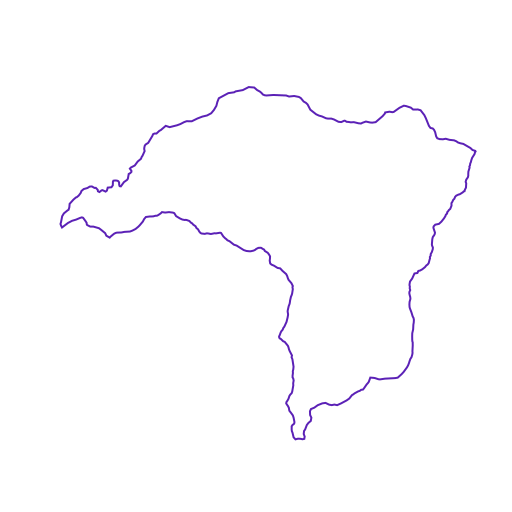 Khaling, Tashigang, Bhutan (Equal Earth projection), rotated 10°
{"feature_id": "84629894B48519884864464", "entity_name": "Khaling", "entity_type": "district", "adm_level": 2, "iso_a3": "BTN", "parent_name": "Bhutan", "parent_adm1": "Tashigang", "projection": "equal_earth", "projection_center": [91.565, 27.177], "detail": "fine", "context": "isolated", "style": "outline", "palette": "violet", "viewbox_px": 512, "rotation_deg": 10, "n_neighbors": 0, "source": "geoboundaries", "source_scale": "gbopen_adm2", "svg_char_len": 6081}
<svg xmlns="http://www.w3.org/2000/svg" viewBox="0 0 512 512"><g transform="rotate(10 256 256)"><path d="M214.2,94.9L207.4,97.4L206.0,98.6L200.5,100.4L192.0,107.1L191.2,111.0L190.9,115.0L189.2,119.5L187.1,123.2L183.4,126.1L179.0,128.0L174.5,130.7L169.3,134.5L164.3,135.3L162.0,136.6L158.6,139.2L155.5,141.0L148.6,144.1L144.5,143.5L140.4,148.5L139.1,149.5L136.7,152.7L134.8,153.0L133.5,153.9L133.1,155.7L130.2,163.3L127.9,165.4L127.3,166.7L127.2,168.6L127.3,170.0L128.1,172.0L126.8,177.1L126.3,178.0L125.8,180.3L123.1,183.5L120.9,187.9L117.3,190.7L116.6,191.9L118.5,193.7L118.7,194.8L117.7,196.3L116.4,197.3L116.4,202.1L115.9,203.3L113.1,206.2L110.8,210.9L109.6,210.9L108.9,209.7L108.4,207.3L107.4,206.2L106.0,205.9L104.1,206.1L102.5,206.6L102.2,207.7L102.7,211.3L101.7,213.4L98.1,214.4L97.8,217.5L96.7,218.7L93.4,217.8L92.5,218.2L90.7,220.2L89.1,219.7L88.6,218.3L86.4,216.7L85.1,217.0L82.3,216.0L80.2,216.5L78.2,218.3L74.7,220.0L72.8,222.3L72.4,224.4L70.9,227.3L69.3,229.2L68.5,229.6L66.4,232.2L63.4,237.0L63.7,240.4L63.4,243.0L62.5,243.8L59.4,247.4L58.2,250.5L58.1,256.6L57.9,258.4L58.8,260.0L60.0,261.6L65.2,256.0L66.8,254.8L68.7,253.3L72.5,251.4L76.2,249.0L77.8,248.2L79.1,248.4L82.2,251.4L83.4,252.7L83.8,254.1L84.3,254.8L87.6,255.8L90.8,255.3L96.5,255.9L98.9,257.1L103.5,259.7L105.1,262.0L108.7,263.3L109.4,262.2L111.6,259.6L112.5,258.6L113.9,257.6L115.1,257.1L119.4,256.2L122.2,255.1L127.6,253.8L129.8,252.5L132.7,250.3L135.0,247.6L136.1,246.0L138.6,241.7L139.4,239.1L140.8,236.7L144.6,235.5L147.7,234.9L150.1,233.8L151.5,233.5L152.7,232.6L154.8,230.5L155.8,229.1L159.0,229.0L162.7,227.9L166.7,227.7L168.1,228.0L170.4,230.6L174.5,232.2L177.2,232.9L179.7,232.9L180.5,232.6L181.5,232.6L184.3,233.1L186.2,234.5L187.4,234.9L188.7,236.0L191.3,237.2L192.5,238.8L194.3,239.8L195.9,241.8L197.4,243.0L198.5,243.3L201.7,243.1L203.7,242.2L205.7,242.1L207.0,242.2L208.2,242.0L211.2,240.8L212.6,240.7L216.6,239.3L217.6,239.4L220.4,242.4L222.7,244.0L224.0,244.6L224.5,245.1L225.5,245.6L227.3,246.0L232.3,248.7L235.1,249.1L242.9,252.3L245.7,252.7L248.7,252.5L250.1,252.2L252.7,251.1L254.2,250.0L255.0,249.0L256.9,247.6L259.0,247.1L259.9,247.1L261.0,247.7L262.9,248.3L263.8,249.5L267.0,250.8L268.6,252.3L269.9,253.9L270.2,256.1L270.3,258.2L271.3,260.9L272.8,261.8L275.4,262.4L279.3,264.0L282.0,264.0L284.6,266.0L288.9,268.6L290.3,270.5L291.1,272.1L292.2,273.8L295.6,276.6L297.5,279.2L297.3,280.3L298.0,282.2L298.1,286.8L297.9,288.4L297.5,290.0L297.3,294.1L297.4,295.0L297.4,297.2L296.9,299.8L296.7,304.2L296.8,305.2L297.7,307.8L297.8,308.7L297.8,311.2L297.5,315.6L296.2,320.6L295.4,322.2L295.1,323.8L294.6,324.8L294.1,325.5L293.6,327.0L293.1,329.8L292.7,331.2L292.9,332.0L293.6,333.0L294.9,333.4L297.5,335.2L299.2,335.6L303.0,338.9L303.8,340.2L304.7,342.2L305.7,343.8L308.7,347.7L308.6,349.5L309.8,351.4L312.2,358.5L312.4,361.2L312.3,362.5L312.3,363.3L312.7,364.8L312.8,367.4L313.1,369.2L313.9,370.1L314.7,372.1L314.7,374.8L315.2,377.0L315.2,383.3L314.9,385.0L313.9,386.4L313.5,387.3L313.2,388.0L312.8,390.9L312.0,393.2L311.4,394.4L311.3,395.8L311.9,396.6L313.6,398.3L314.7,399.8L315.6,402.3L316.0,402.9L317.2,403.9L320.0,406.6L321.1,408.7L322.6,412.6L322.8,413.7L322.4,415.0L321.4,415.9L320.7,417.5L321.3,420.9L321.8,422.4L322.6,423.6L324.5,428.0L326.7,429.7L329.1,428.6L331.6,428.3L333.6,428.4L335.3,427.7L335.3,425.4L333.9,423.0L333.7,420.0L334.5,418.3L335.4,413.6L336.6,411.3L338.6,408.9L338.6,405.6L336.9,403.2L336.1,399.5L336.7,397.2L339.8,395.2L342.7,392.2L346.9,389.6L350.0,388.6L353.9,389.7L356.5,389.7L359.0,388.7L361.8,388.8L365.2,386.5L370.3,382.5L372.6,380.2L374.7,376.3L375.4,375.8L377.0,374.1L380.1,371.6L381.6,370.8L382.8,369.5L384.5,369.0L385.2,367.8L387.3,363.2L388.2,361.8L388.9,360.4L389.7,355.9L392.8,355.6L394.5,355.6L398.0,356.1L399.5,356.0L404.3,354.4L414.2,352.1L416.7,351.2L419.9,347.1L421.5,344.6L424.0,339.5L424.8,337.2L425.3,334.6L425.4,333.5L425.9,330.5L426.7,328.7L427.0,326.1L427.0,324.3L426.6,322.7L425.9,317.0L425.3,313.8L424.8,312.9L424.4,311.4L423.7,307.7L423.3,304.9L423.5,301.0L422.9,296.3L422.9,294.2L422.6,291.5L421.9,289.7L420.8,288.3L418.8,284.4L416.7,280.9L416.1,279.6L415.5,277.1L415.2,274.5L415.5,271.4L415.0,269.6L414.1,267.7L413.5,266.2L413.3,264.8L413.8,262.8L413.0,261.2L412.8,259.3L412.2,258.0L412.1,256.8L412.1,254.4L413.7,251.1L415.1,245.7L417.9,244.7L418.2,243.8L418.2,243.0L418.9,242.3L420.0,241.9L422.0,240.3L424.3,237.7L425.4,235.7L426.5,234.6L427.3,233.0L427.6,229.2L427.8,228.2L427.4,226.8L428.0,225.2L427.7,223.9L428.5,221.5L428.9,218.5L428.7,216.9L427.6,215.2L427.2,214.1L426.7,208.9L426.8,206.9L427.1,205.9L427.7,205.0L428.2,203.3L428.2,201.9L426.0,197.8L425.7,196.8L425.9,195.8L427.1,194.0L430.6,192.6L432.6,190.0L434.6,186.3L435.6,183.8L435.8,182.4L436.8,181.0L436.7,179.7L437.4,178.6L438.0,177.2L439.1,175.9L439.8,172.5L439.3,170.0L439.9,168.7L440.5,166.4L441.4,165.2L441.8,163.2L442.7,161.8L444.8,160.3L445.8,159.9L446.3,159.5L448.7,157.3L449.3,156.3L450.1,156.0L450.2,154.5L450.9,152.2L450.4,147.9L449.6,146.6L449.7,145.4L449.8,144.3L451.0,141.7L451.1,140.0L450.8,138.5L450.5,136.0L451.0,131.9L450.6,130.9L451.0,129.5L450.9,127.8L451.3,126.2L451.4,124.4L451.8,121.8L453.5,117.7L453.7,115.6L454.1,115.0L453.7,114.4L450.8,114.0L448.4,112.4L440.7,109.6L437.6,109.5L435.1,109.1L433.5,108.3L431.0,107.7L426.4,108.0L422.5,107.6L419.8,108.6L416.5,109.0L414.1,108.6L412.7,107.0L410.9,102.9L409.4,100.8L407.9,99.7L405.6,99.6L403.7,97.8L399.4,90.9L397.3,88.0L392.8,83.9L390.0,83.6L385.3,84.5L382.7,83.0L377.8,82.3L375.5,82.3L371.6,85.1L366.6,90.2L365.3,90.7L362.4,90.7L358.3,92.2L358.2,93.3L356.4,96.3L350.6,103.4L347.3,104.5L345.2,104.7L340.9,104.5L337.7,106.3L336.4,107.3L334.0,107.5L329.1,107.2L326.2,107.9L323.9,107.9L321.9,108.1L320.3,107.4L319.5,107.4L316.7,109.3L313.9,109.5L309.1,108.0L306.2,107.6L303.1,108.2L301.0,108.2L296.7,107.1L293.6,106.8L290.6,106.0L284.1,102.5L280.5,97.8L278.6,96.5L276.1,95.6L272.7,92.7L270.6,91.9L265.8,91.8L260.9,93.2L257.8,92.7L245.2,94.4L238.4,96.1L236.7,96.2L234.8,95.8L233.0,94.4L231.3,93.4L228.3,92.4L225.0,90.4L219.5,90.9L214.2,94.9Z" fill="none" stroke="#5b21b6" stroke-width="2"/></g></svg>